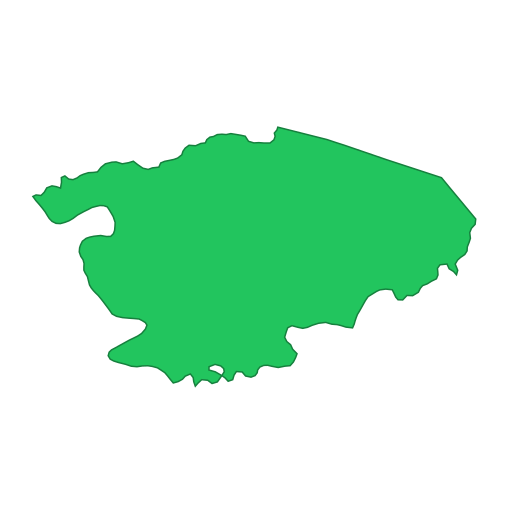 outline of Irineópolis, Santa Catarina, Brazil, rotated 268°
{"feature_id": "56859067B50137871247887", "entity_name": "Irineópolis", "entity_type": "district", "adm_level": 2, "iso_a3": "BRA", "parent_name": "Brazil", "parent_adm1": "Santa Catarina", "projection": "equal_earth", "projection_center": [-50.782, -26.356], "detail": "fine", "context": "isolated", "style": "filled", "palette": "green", "viewbox_px": 512, "rotation_deg": 268, "n_neighbors": 0, "source": "geoboundaries", "source_scale": "gbopen_adm2", "svg_char_len": 3344}
<svg xmlns="http://www.w3.org/2000/svg" viewBox="0 0 512 512"><g transform="rotate(268 256 256)"><path d="M132.0,168.9L133.2,173.9L135.4,178.2L138.4,181.1L140.4,186.3L136.7,189.0L132.5,189.4L128.0,190.8L130.9,193.5L134.3,197.4L133.5,203.4L130.1,207.6L131.5,213.0L137.7,217.7L135.3,220.8L131.8,223.8L133.2,228.4L137.7,229.9L141.2,232.4L140.6,238.1L136.4,241.4L135.1,246.8L136.5,250.9L139.2,253.1L142.1,253.7L144.9,256.0L146.4,259.9L146.4,263.8L145.2,268.1L143.8,274.3L144.9,281.1L145.2,286.3L148.8,289.7L153.0,292.0L156.9,293.6L161.5,289.4L166.1,287.5L169.4,283.8L173.8,281.8L179.2,283.6L183.2,285.2L185.1,289.5L183.2,295.7L182.1,300.2L182.9,304.9L184.8,309.7L186.6,316.2L187.2,323.4L185.2,329.4L184.6,334.7L183.5,338.6L181.8,343.4L180.8,350.0L184.6,351.8L187.5,352.7L190.7,353.9L194.0,355.3L197.2,357.4L199.8,359.0L204.1,361.6L207.7,363.8L211.5,366.6L214.4,371.7L216.4,375.2L217.8,378.5L218.4,384.5L217.5,391.0L213.7,392.7L210.1,394.2L207.3,396.4L207.0,401.1L211.3,405.5L210.9,411.2L214.1,417.0L218.0,419.1L220.6,421.5L222.2,426.2L224.7,430.5L226.9,435.5L230.7,437.2L234.2,437.1L237.4,436.9L240.8,439.6L241.3,446.6L236.5,448.6L233.6,452.9L230.2,455.7L234.7,457.1L241.0,454.8L245.0,457.4L247.4,460.3L250.2,464.7L253.7,467.1L257.7,467.5L262.6,469.6L266.2,470.9L271.9,470.4L276.2,472.3L280.0,476.1L285.3,476.9L318.1,451.5L327.8,444.1L347.7,389.8L363.6,348.2L366.8,339.3L369.9,331.0L384.0,282.3L381.2,281.3L378.2,278.6L375.0,279.3L371.5,278.0L368.4,273.9L368.6,268.3L369.2,262.8L369.1,257.8L370.9,252.5L376.1,249.4L377.2,245.1L378.2,240.2L379.2,235.1L378.4,230.5L378.9,226.2L378.7,221.5L376.9,217.7L376.4,214.1L374.0,210.9L370.8,209.3L370.4,204.8L368.3,199.5L369.0,192.9L366.3,189.0L363.3,186.7L359.7,185.4L356.6,181.1L355.4,177.4L354.6,172.9L353.8,168.0L352.3,164.0L348.2,162.0L347.7,155.5L346.3,151.3L347.7,146.0L351.4,141.0L355.0,136.7L353.7,132.0L352.8,125.6L354.9,119.5L354.8,115.3L353.4,108.7L350.0,104.2L345.6,100.5L345.2,96.6L345.1,91.4L343.7,86.3L342.4,83.0L340.3,80.0L338.7,75.8L339.4,71.5L342.7,67.8L341.2,64.2L336.4,64.2L330.7,63.0L332.3,58.8L333.2,54.5L331.4,49.3L327.1,46.6L324.0,43.3L324.7,38.3L323.3,35.1L319.1,37.9L314.7,41.5L311.3,44.1L307.5,46.8L303.9,48.8L300.7,50.7L297.7,53.4L295.6,57.3L295.2,61.6L296.3,66.2L297.7,70.3L299.9,74.4L303.2,79.1L306.4,85.5L308.4,90.0L310.2,93.7L311.2,98.1L311.9,101.8L311.6,105.6L310.3,109.1L306.8,111.2L303.0,113.3L300.3,114.7L297.6,115.5L294.5,116.4L290.7,116.1L286.6,115.6L283.3,114.3L280.7,111.5L280.7,107.3L281.9,101.5L281.4,94.7L280.7,90.6L279.6,86.9L276.8,83.0L273.1,81.0L270.4,80.0L266.2,79.5L261.7,80.9L258.4,83.0L254.5,83.9L251.0,83.6L247.8,83.5L244.8,84.8L241.3,86.8L237.5,87.6L232.9,88.6L229.9,90.2L227.2,92.2L224.8,94.3L222.0,97.0L219.4,99.0L216.0,101.5L212.1,104.2L209.1,106.3L206.4,108.1L203.1,110.2L200.6,114.5L199.1,120.4L198.4,126.1L197.7,132.4L197.1,137.0L195.4,140.0L193.3,143.1L190.7,144.6L186.8,142.9L182.6,139.0L180.1,134.9L178.2,130.7L176.4,126.6L174.3,122.4L171.5,116.9L169.2,112.4L167.2,108.3L165.0,105.9L161.5,104.8L158.0,106.7L156.0,110.2L154.4,114.7L152.3,121.9L150.2,127.5L149.5,133.2L150.1,138.6L150.1,144.1L149.3,148.4L147.7,153.6L145.2,157.2L142.6,160.8L139.2,163.5L135.6,166.1L132.0,168.9ZM137.7,217.7L141.7,211.2L143.7,205.0L147.0,205.2L149.1,211.3L147.4,216.9L144.6,219.8L141.4,220.2L137.7,217.7Z" fill="#22c55e" stroke="#15803d" stroke-width="1.5"/></g></svg>